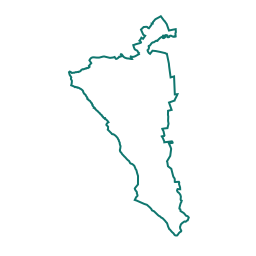 outline of Subcetate, Harghita, Romania, rotated 267°
{"feature_id": "2599482B74327350474583", "entity_name": "Subcetate", "entity_type": "district", "adm_level": 2, "iso_a3": "ROU", "parent_name": "Romania", "parent_adm1": "Harghita", "projection": "orthographic", "projection_center": [25.394, 46.866], "detail": "fine", "context": "isolated", "style": "outline", "palette": "teal", "viewbox_px": 256, "rotation_deg": 267, "n_neighbors": 0, "source": "geoboundaries", "source_scale": "gbopen_adm2", "svg_char_len": 5883}
<svg xmlns="http://www.w3.org/2000/svg" viewBox="0 0 256 256"><g transform="rotate(267 128 128)"><path d="M216.9,180.4L219.9,180.3L220.2,180.3L221.1,180.8L224.2,180.8L223.9,178.4L223.2,174.0L229.7,172.1L233.1,170.0L233.2,169.7L237.9,166.6L236.9,164.7L235.4,161.5L234.9,160.7L233.6,159.6L232.7,158.6L230.9,158.1L231.1,157.1L230.6,157.1L229.5,156.6L226.5,154.1L226.7,153.5L227.9,152.4L228.1,151.6L228.1,151.2L228.0,148.9L225.6,146.1L220.5,148.1L220.0,148.6L219.2,150.0L216.3,147.7L217.5,146.1L215.8,145.1L214.6,144.0L213.9,144.9L213.4,145.2L212.9,145.5L212.6,145.4L212.1,144.1L211.2,140.0L210.9,139.2L210.5,137.6L208.0,138.2L206.2,138.9L205.3,140.2L205.0,140.9L204.6,141.4L203.4,141.9L202.4,142.8L202.1,142.4L201.7,142.3L201.1,142.7L200.5,141.4L199.3,139.0L198.8,137.4L198.8,136.9L198.8,135.9L199.0,135.2L199.3,134.6L199.0,134.4L196.7,135.6L196.7,135.0L197.3,132.6L197.6,130.5L198.4,128.5L199.3,127.3L201.7,125.7L201.7,125.4L202.1,124.9L201.9,124.7L200.4,125.5L200.3,125.3L200.0,125.3L199.7,124.2L199.8,124.2L199.2,122.8L199.4,122.7L198.5,121.8L197.8,120.6L197.6,119.7L198.0,119.3L198.5,119.0L199.3,118.4L199.6,118.3L199.2,116.9L199.0,114.2L199.0,113.6L199.2,112.9L200.3,109.2L200.7,107.9L200.6,106.7L199.9,103.4L199.8,102.6L199.9,100.7L200.4,97.4L200.4,96.5L200.3,96.1L200.1,95.3L199.5,94.4L198.4,93.5L197.6,93.0L194.7,94.7L192.1,92.2L191.9,92.3L191.7,92.6L191.4,92.8L190.8,92.7L190.6,92.5L190.6,92.0L189.9,91.1L190.1,90.1L189.5,89.1L189.7,88.8L188.9,86.6L188.9,86.3L189.1,86.1L189.0,85.6L188.5,84.5L187.3,83.5L187.1,83.1L186.8,81.8L186.5,81.6L186.6,81.3L186.6,80.7L186.4,79.1L186.5,78.6L186.0,77.2L186.1,76.4L185.9,74.8L186.8,73.9L187.4,72.8L186.8,72.0L184.2,72.5L181.6,74.0L180.4,73.6L179.8,73.6L178.3,74.4L177.4,74.4L175.4,74.1L173.6,73.5L172.7,75.5L172.1,76.5L171.6,77.1L171.8,77.8L171.5,78.3L171.5,78.6L171.1,79.2L171.2,79.7L170.9,79.9L171.0,80.2L170.8,80.4L170.5,81.3L170.2,81.8L169.9,82.0L169.5,82.9L168.2,84.4L167.2,85.1L166.4,85.1L165.8,85.5L165.5,85.5L164.4,86.1L164.2,86.3L164.1,86.6L163.3,87.4L162.6,87.5L162.4,87.7L161.5,88.2L160.6,88.9L160.1,88.9L159.5,88.8L159.3,88.8L158.8,89.2L158.8,89.5L158.7,89.8L158.3,89.9L157.8,90.3L157.6,90.7L157.3,90.9L157.1,91.4L155.3,92.5L155.2,92.5L155.0,92.8L154.8,92.9L154.7,93.1L154.4,93.3L153.5,93.4L153.0,93.8L152.8,93.6L152.7,93.6L152.5,93.8L152.2,93.8L150.6,94.9L150.3,95.3L149.9,95.6L149.8,95.8L149.6,95.8L149.5,95.6L149.3,96.0L148.9,96.1L148.8,96.3L148.6,96.4L148.5,96.6L147.3,97.4L147.1,97.8L146.2,98.8L145.2,99.5L144.4,100.5L143.9,100.7L143.5,101.1L143.0,101.4L142.3,102.4L141.7,102.5L141.3,102.9L140.9,103.1L140.7,103.5L140.3,103.6L140.1,103.8L139.8,103.9L139.1,104.7L139.1,105.2L138.9,105.1L138.7,105.2L138.8,105.3L137.3,106.9L136.2,107.9L134.8,108.8L134.6,108.4L133.6,107.2L132.6,106.6L132.1,106.6L131.7,106.9L131.3,107.4L130.3,108.2L128.1,108.0L127.4,107.7L125.8,109.2L124.3,110.5L123.7,111.1L122.8,111.7L122.6,112.2L122.5,113.2L121.0,115.1L119.6,116.3L118.4,117.2L117.4,117.5L116.3,118.2L115.5,118.2L114.0,118.9L113.4,119.0L113.2,118.9L111.7,119.1L110.3,119.6L108.0,119.2L106.4,118.7L106.0,118.9L105.5,118.8L105.2,118.9L104.7,119.2L104.2,119.4L103.7,120.0L102.2,120.8L100.6,122.2L99.9,122.7L98.9,123.7L97.1,125.1L96.0,126.1L95.0,127.3L92.7,128.4L92.5,128.6L91.8,130.3L90.8,131.5L89.7,132.4L86.5,133.5L85.4,134.2L84.3,134.4L83.5,134.6L82.9,134.6L82.0,134.9L81.4,135.0L79.6,135.5L71.1,135.0L67.9,132.1L67.2,131.6L66.6,131.7L65.9,132.0L65.1,132.4L64.0,133.3L63.1,133.5L62.4,133.4L60.4,134.0L59.6,133.8L58.5,132.5L55.8,131.0L55.1,132.8L51.3,140.3L50.3,142.9L47.4,145.8L45.8,147.1L44.5,147.6L43.5,149.6L40.5,152.4L39.4,153.4L38.6,154.3L38.0,155.4L36.7,156.6L36.2,157.7L34.3,159.4L32.8,160.6L32.1,161.0L31.3,161.8L30.0,162.3L27.4,162.9L26.3,163.4L25.2,163.7L24.7,164.1L24.5,164.5L22.4,166.0L21.4,166.9L20.5,167.9L18.8,168.9L18.4,169.4L18.1,170.4L18.2,171.6L20.7,173.6L21.4,174.6L21.7,175.3L22.1,175.7L22.8,175.8L24.2,175.1L25.4,174.8L26.6,174.8L27.4,175.2L28.4,175.5L29.1,175.9L30.2,177.1L31.6,179.3L31.7,179.7L31.4,180.7L31.9,181.4L32.6,182.3L32.7,182.8L35.4,184.0L35.9,183.7L36.4,183.2L36.8,182.9L37.4,181.3L38.7,180.4L40.2,179.2L42.3,176.1L44.0,176.0L44.8,175.1L46.0,175.3L48.6,176.1L50.1,176.6L51.1,177.3L52.6,177.8L52.9,177.1L53.5,176.9L54.0,176.8L56.6,177.2L58.2,176.9L59.4,176.3L60.5,175.5L61.2,174.7L61.4,174.4L62.1,174.0L63.1,173.7L63.6,173.9L64.4,174.3L64.1,176.9L66.0,176.9L69.3,176.0L70.9,176.3L71.6,176.0L71.6,172.1L71.7,171.9L74.6,172.0L75.3,171.8L76.7,170.9L77.5,170.6L85.0,169.1L87.7,165.9L91.7,165.5L92.7,165.2L97.9,168.7L104.9,170.0L106.7,169.5L110.3,168.1L110.7,170.1L110.8,171.7L110.9,171.8L111.5,171.5L112.1,171.5L112.4,171.1L111.8,163.5L112.7,163.5L116.1,162.3L117.9,161.3L118.0,161.6L118.1,163.6L118.6,164.0L122.9,163.3L124.9,162.3L125.4,162.2L125.7,165.1L125.8,167.4L127.5,167.9L130.1,168.7L133.0,168.4L137.4,168.8L139.0,168.6L143.1,168.9L143.8,172.5L151.3,170.3L153.0,176.0L153.6,176.1L158.5,178.9L159.2,179.2L159.1,176.5L177.1,176.7L176.3,173.2L187.3,172.3L190.1,172.2L200.1,170.7L200.4,169.6L200.9,169.0L201.3,167.4L202.2,164.4L203.4,159.7L203.9,156.5L200.9,153.9L201.8,152.8L202.8,152.2L203.3,151.9L204.7,151.6L205.4,152.5L206.6,153.0L207.2,153.2L208.3,152.9L208.6,152.9L208.9,153.0L209.2,154.2L211.2,155.8L211.9,156.6L212.2,157.2L212.2,158.2L213.2,159.8L213.7,160.8L213.5,161.2L213.4,161.8L213.7,162.2L214.2,162.4L214.8,163.1L216.2,164.7L216.7,165.5L217.5,167.3L218.4,167.8L218.4,168.2L218.2,168.9L217.9,169.2L217.6,169.4L217.4,169.4L217.2,169.1L217.3,168.5L217.3,168.1L217.1,167.8L216.9,167.6L216.3,167.6L216.0,167.7L215.9,168.2L216.1,168.9L216.7,169.7L217.1,169.9L217.4,169.9L217.9,169.6L218.4,169.8L218.7,170.1L218.8,170.6L218.7,171.5L218.3,172.2L218.1,172.3L217.5,172.0L216.9,172.0L216.7,172.2L216.5,172.7L216.6,173.5L216.8,174.0L217.7,174.5L218.0,175.1L217.9,175.8L216.8,177.8L216.7,178.3L217.2,179.0L217.1,179.5L216.7,179.7L216.9,180.4Z" fill="none" stroke="#0f766e" stroke-width="2"/></g></svg>